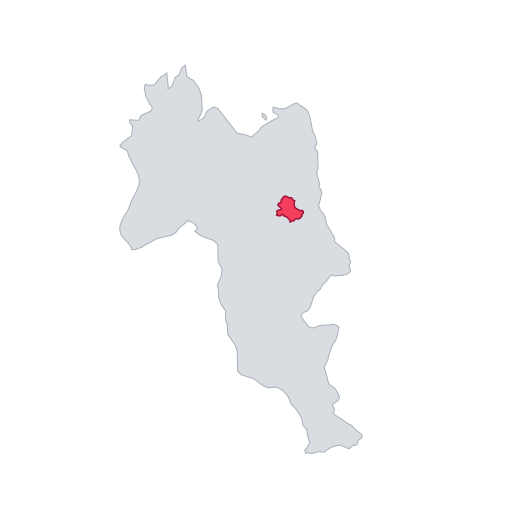 Jonchon, Chagang-do, North Korea shown in context, rotated 116°
{"feature_id": "82179303B33919717050875", "entity_name": "Jonchon", "entity_type": "district", "adm_level": 2, "iso_a3": "PRK", "parent_name": "North Korea", "parent_adm1": "Chagang-do", "projection": "albers", "projection_center": [126.339, 40.546], "detail": "fine", "context": "in_parent", "style": "filled", "palette": "rose", "viewbox_px": 512, "rotation_deg": 116, "n_neighbors": 0, "source": "geoboundaries", "source_scale": "gbopen_adm2", "svg_char_len": 4421}
<svg xmlns="http://www.w3.org/2000/svg" viewBox="0 0 512 512"><g transform="rotate(116 256 256)"><path d="M305.0,370.5L303.2,371.6L300.2,377.1L297.5,384.2L294.8,388.0L291.6,390.2L288.2,391.5L281.3,392.2L275.1,391.8L273.0,391.1L264.5,391.6L262.1,392.2L249.8,391.8L243.4,392.4L239.3,393.8L235.2,396.7L231.6,401.0L228.5,405.5L222.1,413.9L217.6,418.0L217.6,423.8L217.5,425.6L215.9,426.9L215.3,426.3L212.7,425.9L202.2,420.6L193.5,423.8L191.3,428.1L189.0,429.4L185.6,421.1L180.0,420.8L171.1,413.5L167.2,414.9L166.2,417.8L161.3,424.5L154.3,430.0L152.1,430.7L149.6,430.3L150.0,428.8L147.2,422.5L136.4,419.9L132.6,417.2L130.6,416.5L141.3,409.7L144.1,408.5L142.0,406.9L139.8,406.0L131.1,407.0L126.6,404.6L120.0,405.2L115.4,403.3L125.0,396.7L125.5,392.6L125.5,389.6L130.4,380.6L135.3,375.6L147.8,368.6L153.2,367.7L157.1,368.0L160.4,367.4L157.0,364.7L153.7,363.4L147.3,363.6L140.7,359.4L140.2,355.0L153.4,327.8L153.6,325.4L151.6,318.7L151.1,312.2L141.9,308.3L137.9,307.8L126.3,300.3L121.7,296.6L119.8,297.6L119.4,303.5L117.7,304.7L114.6,305.8L113.2,299.1L110.7,294.2L103.1,289.1L100.4,286.4L101.8,280.5L101.2,280.0L102.6,273.5L107.4,268.5L119.2,259.7L122.2,255.5L128.2,250.6L130.8,250.8L133.6,250.4L134.4,248.2L135.1,246.5L137.4,245.0L143.1,242.3L149.6,238.8L154.7,237.9L161.0,232.5L163.5,230.1L166.1,230.1L166.8,229.0L168.3,226.2L170.3,224.4L173.0,224.1L177.5,222.8L183.2,222.0L187.1,217.5L188.4,214.2L190.9,210.6L196.3,206.7L200.1,201.0L204.2,194.7L206.1,192.7L208.0,192.3L209.2,189.9L210.5,183.2L212.3,176.8L213.4,173.7L218.1,170.3L219.3,168.7L220.4,168.2L222.5,168.6L225.5,166.6L228.2,164.4L230.7,165.2L233.3,167.0L236.0,170.5L237.2,173.4L239.3,175.7L239.7,179.2L241.9,180.7L246.4,181.4L253.7,183.7L258.5,183.8L261.2,185.5L266.9,186.4L278.3,184.8L282.9,185.6L284.9,187.7L287.8,189.4L289.7,189.4L292.1,186.4L294.7,181.5L296.4,177.8L296.3,174.9L294.7,171.7L290.9,168.9L288.3,164.4L285.9,159.8L284.5,158.3L283.3,156.0L283.0,152.5L283.8,150.2L289.4,148.5L296.6,147.4L302.4,148.3L312.1,147.3L318.0,145.9L322.5,146.0L326.5,145.8L328.3,143.8L333.8,138.8L336.5,137.0L339.4,133.6L339.8,130.2L340.3,127.4L341.9,124.4L344.7,120.6L347.2,118.8L350.0,119.0L353.0,120.5L355.0,122.1L357.1,121.6L358.7,118.6L359.9,118.1L363.3,117.7L364.2,115.9L365.2,107.4L366.3,100.7L366.4,96.0L369.1,88.2L369.8,83.5L371.5,81.3L373.6,81.3L375.3,82.6L377.6,83.3L380.4,82.5L382.5,83.6L383.9,86.0L388.2,87.5L388.7,88.8L389.0,97.1L391.5,101.0L394.8,104.4L399.3,107.4L401.6,108.0L403.1,110.2L404.6,114.1L407.9,117.9L409.7,120.6L410.1,123.5L411.6,125.1L409.2,127.0L405.9,126.1L400.5,125.7L393.8,131.8L390.1,134.0L387.6,139.7L382.3,143.3L379.5,147.0L375.9,153.4L373.6,159.5L368.0,165.8L364.8,173.6L364.9,180.2L368.9,186.8L369.5,192.6L367.3,204.5L369.2,217.0L367.8,221.9L349.8,231.2L345.2,235.6L338.8,247.0L330.7,251.4L325.8,256.1L318.8,259.0L314.4,266.9L309.5,271.5L303.7,274.4L299.3,277.9L289.4,278.4L282.4,280.9L277.5,287.6L262.6,295.3L260.6,301.0L261.7,309.7L261.9,316.3L260.6,321.8L257.3,320.3L255.5,322.2L253.6,327.3L254.2,333.0L259.5,334.8L263.8,337.2L269.8,338.3L274.3,340.9L284.0,352.9L291.8,358.1L293.9,360.1L298.4,362.7L302.6,366.8L305.0,370.5ZM128.0,311.2L125.1,313.1L125.0,309.7L127.3,306.9L129.6,306.6L128.0,311.2Z" fill="#d9dde1" stroke="#a8b0b8" stroke-width="1"/><path d="M203.5,233.4L202.7,233.2L202.0,232.7L200.8,232.5L200.3,232.3L199.5,232.5L198.6,232.9L197.5,232.5L196.4,232.3L195.1,233.2L194.9,234.1L195.1,235.0L195.7,235.9L195.8,237.3L195.8,239.1L195.7,240.7L195.3,242.2L194.3,243.4L192.9,244.3L191.1,245.0L189.4,245.5L189.6,245.9L189.3,247.3L188.9,248.1L188.3,249.1L188.2,249.3L188.1,249.7L188.6,250.7L188.9,251.3L189.2,252.0L189.0,253.1L189.2,254.5L189.2,255.4L189.6,256.5L190.3,257.0L191.3,257.2L192.2,257.5L193.1,257.5L194.0,257.9L194.8,257.9L195.8,257.4L196.6,257.2L197.5,257.2L198.1,257.9L198.6,258.8L199.2,258.8L199.9,258.8L200.7,258.4L201.2,257.4L201.5,255.9L201.9,254.7L202.7,253.8L203.7,254.1L204.2,254.8L205.0,255.9L205.9,256.8L206.6,256.8L207.7,256.1L208.7,255.6L210.0,255.4L209.8,255.2L210.0,254.5L210.0,253.4L209.5,252.3L208.4,251.1L207.6,250.9L206.9,250.4L207.0,249.3L207.6,248.6L207.8,247.7L207.6,247.0L207.5,246.3L207.6,244.8L208.0,243.9L208.3,243.2L208.5,242.5L209.0,241.4L209.4,241.1L209.9,240.5L210.5,240.2L210.3,240.0L209.8,239.6L209.5,239.5L209.0,239.1L208.6,238.8L208.3,238.0L207.7,237.5L206.7,237.3L205.7,236.8L204.9,236.1L204.3,235.0L204.0,233.9L203.5,233.4Z" fill="#f43f5e" stroke="#9f1239" stroke-width="1.5"/></g></svg>